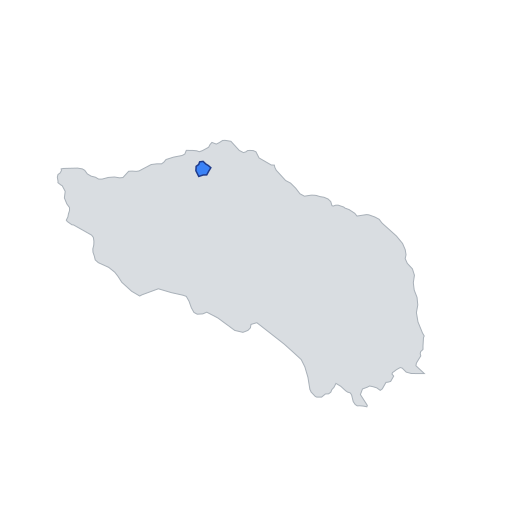 location of Békéscsaba within Hungary, rotated 221°
{"feature_id": "HUN-4919", "entity_name": "Békéscsaba", "entity_type": "Urban county", "adm_level": 1, "iso_a3": "HUN", "parent_name": "Hungary", "parent_adm1": "", "projection": "equal_earth", "projection_center": [21.092, 46.759], "detail": "fine", "context": "in_parent", "style": "filled", "palette": "blue", "viewbox_px": 512, "rotation_deg": 221, "n_neighbors": 0, "source": "natural_earth", "source_scale": "10m", "svg_char_len": 2911}
<svg xmlns="http://www.w3.org/2000/svg" viewBox="0 0 512 512"><g transform="rotate(221 256 256)"><path d="M415.4,158.8L421.1,158.2L421.3,158.3L422.7,158.6L423.6,162.2L423.8,162.4L425.2,164.8L426.5,167.9L428.5,170.2L432.9,171.2L438.7,174.1L442.4,179.6L448.1,181.8L448.5,181.9L449.6,181.6L453.6,181.4L454.4,182.5L457.7,185.2L458.9,187.6L458.3,190.1L458.9,192.9L460.2,193.9L458.7,195.8L448.3,205.3L444.2,207.8L441.5,208.3L437.2,207.3L432.8,208.1L428.9,210.1L425.2,210.8L422.5,213.2L419.0,218.4L414.6,222.8L410.2,225.5L407.9,227.9L407.7,236.4L405.2,238.8L401.9,241.3L400.1,243.4L395.1,256.3L391.3,260.5L387.7,263.6L387.1,266.5L387.2,269.8L383.1,276.5L377.7,283.4L376.6,286.2L377.9,290.0L372.7,294.4L369.7,296.5L367.2,297.5L365.6,300.3L363.1,307.0L363.8,310.0L363.8,312.8L359.4,314.4L358.1,317.5L357.0,321.3L355.2,323.0L350.2,326.1L337.9,324.7L333.3,325.8L331.9,328.1L331.6,329.9L330.1,331.5L327.3,333.7L324.4,334.6L318.0,332.0L304.2,334.7L301.8,336.6L299.9,335.2L297.0,334.0L283.2,332.4L277.7,333.7L270.5,333.2L263.7,331.8L258.7,332.9L254.2,338.2L252.0,340.0L250.3,341.2L246.5,342.9L243.3,344.9L239.0,346.3L235.3,346.1L231.7,343.8L230.4,344.4L229.3,346.5L227.3,348.3L221.9,350.5L220.6,350.5L220.3,350.5L216.2,352.1L209.4,353.0L206.0,352.4L199.7,359.8L197.8,361.1L191.9,363.4L187.1,364.5L183.0,363.6L181.4,363.5L163.1,363.2L153.6,361.6L147.6,358.7L143.6,355.4L141.7,351.9L137.0,349.7L129.5,348.9L123.8,345.4L119.8,339.1L114.3,334.1L107.3,330.4L101.8,325.2L97.8,318.5L90.5,312.5L79.8,307.1L76.6,306.0L76.0,304.2L70.9,297.6L68.7,295.1L69.0,291.9L68.0,290.0L66.1,288.7L65.3,283.9L64.7,280.4L63.3,278.1L51.8,277.7L61.7,269.2L66.5,266.9L72.1,267.3L73.9,266.5L74.4,265.3L75.4,262.5L75.9,260.0L76.5,257.5L75.9,256.1L73.3,255.7L72.1,249.7L73.6,247.4L75.0,245.9L73.5,238.6L74.1,236.1L78.4,235.7L82.0,234.1L85.0,232.4L85.9,230.1L88.4,225.5L86.3,219.9L74.0,216.3L73.4,214.9L76.3,213.3L79.5,211.0L81.3,209.3L83.7,209.0L87.1,209.9L92.9,214.0L95.2,214.5L97.5,213.4L99.9,213.1L106.5,213.3L112.1,212.3L111.0,208.0L111.1,204.9L110.2,202.3L110.8,199.6L113.1,197.4L113.9,192.6L117.5,189.4L119.1,188.9L125.3,189.5L126.7,190.3L127.6,190.5L137.2,198.5L146.4,204.4L153.9,207.5L165.0,207.8L176.9,208.0L196.7,207.0L211.6,206.2L212.6,204.7L214.9,201.1L213.1,198.1L213.3,194.5L215.8,189.8L223.2,185.9L244.2,184.2L256.3,181.3L258.2,177.4L262.2,173.5L265.8,172.7L270.8,174.5L276.8,177.9L282.1,179.8L285.2,178.6L295.9,172.8L308.2,167.2L316.6,151.9L317.5,149.5L326.7,147.8L340.0,148.1L346.8,150.1L351.9,151.1L359.6,150.8L370.7,147.5L374.8,147.6L378.0,149.9L381.5,151.9L383.8,154.3L385.6,157.8L386.6,159.1L388.1,160.9L390.9,163.3L393.7,163.9L414.2,159.7L415.4,158.8Z" fill="#d9dde1" stroke="#a8b0b8" stroke-width="1"/><path d="M351.4,278.5L357.3,280.9L360.0,284.4L359.3,287.5L360.3,290.1L358.0,292.7L354.2,292.5L351.3,293.0L348.0,293.0L347.3,288.9L346.4,284.9L349.0,282.5L351.4,278.5Z" fill="#3b82f6" stroke="#1e3a8a" stroke-width="1.5"/></g></svg>